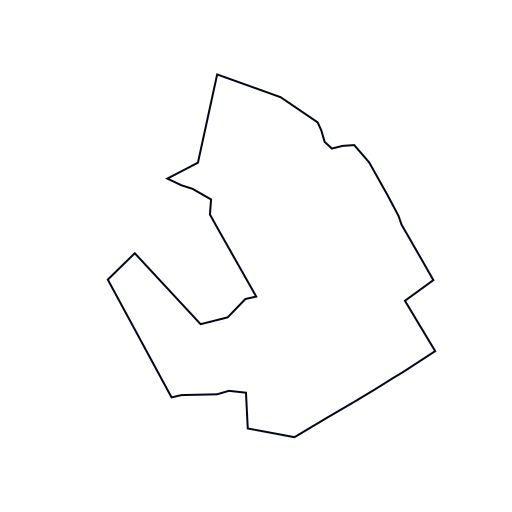 outline of Poço das Antas, Rio Grande do Sul, Brazil, rotated 239°
{"feature_id": "56859067B25116019813755", "entity_name": "Poço das Antas", "entity_type": "district", "adm_level": 2, "iso_a3": "BRA", "parent_name": "Brazil", "parent_adm1": "Rio Grande do Sul", "projection": "natural_earth1", "projection_center": [-51.638, -29.441], "detail": "fine", "context": "isolated", "style": "outline", "palette": "ink", "viewbox_px": 512, "rotation_deg": 239, "n_neighbors": 0, "source": "geoboundaries", "source_scale": "gbopen_adm2", "svg_char_len": 663}
<svg xmlns="http://www.w3.org/2000/svg" viewBox="0 0 512 512"><g transform="rotate(239 256 256)"><path d="M312.1,116.8L178.3,110.8L175.1,120.6L157.5,151.4L154.4,163.3L144.0,177.0L112.4,160.1L80.9,195.6L80.8,234.0L80.4,264.1L80.4,289.5L80.8,310.2L80.8,322.2L82.2,360.6L140.9,360.6L144.0,395.6L175.1,396.3L208.0,396.9L216.9,398.8L240.8,400.1L277.9,401.2L300.5,397.3L305.8,386.9L309.0,376.4L318.5,373.6L329.7,376.6L338.7,377.7L379.4,358.9L431.6,316.2L365.9,254.3L368.0,219.9L355.0,228.5L346.4,236.1L327.6,246.6L315.3,237.9L301.4,237.4L221.1,235.3L224.6,224.8L218.0,200.1L226.1,173.4L320.8,153.5L312.1,116.8Z" fill="none" stroke="#020617" stroke-width="2"/></g></svg>